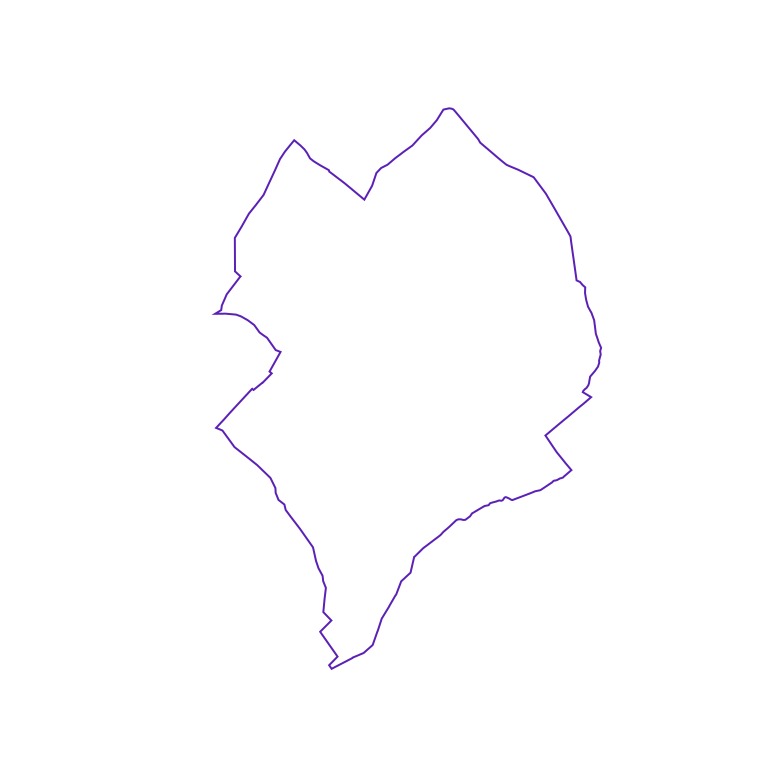 Tepeyahualco de Cuauhtémoc, Puebla, Mexico (Robinson projection), rotated 211°
{"feature_id": "50627088B31864434052112", "entity_name": "Tepeyahualco de Cuauhtémoc", "entity_type": "district", "adm_level": 2, "iso_a3": "MEX", "parent_name": "Mexico", "parent_adm1": "Puebla", "projection": "robinson", "projection_center": [-97.87, 18.81], "detail": "fine", "context": "isolated", "style": "outline", "palette": "violet", "viewbox_px": 768, "rotation_deg": 211, "n_neighbors": 0, "source": "geoboundaries", "source_scale": "gbopen_adm2", "svg_char_len": 2998}
<svg xmlns="http://www.w3.org/2000/svg" viewBox="0 0 768 768"><g transform="rotate(211 384 384)"><path d="M474.4,649.8L474.5,644.6L474.6,637.4L476.3,627.2L479.7,616.6L482.5,603.0L486.6,593.5L490.7,583.3L493.9,573.8L497.7,567.7L499.2,561.0L496.3,547.9L495.8,531.9L521.2,535.8L540.4,537.9L541.3,538.9L551.1,538.6L558.8,538.7L563.6,539.3L569.2,542.5L572.9,544.1L578.4,545.4L586.5,546.7L587.7,538.6L588.6,532.1L589.0,523.3L587.5,510.9L585.7,494.1L584.6,484.1L586.0,471.6L587.5,460.6L587.4,455.8L587.1,445.8L587.1,432.4L569.7,403.8L562.4,402.3L562.5,402.0L565.0,379.9L563.8,370.8L563.4,367.7L561.6,363.5L564.9,357.2L556.0,362.7L546.5,367.3L541.4,368.3L533.7,368.5L525.6,367.7L517.2,364.1L513.2,363.7L508.1,363.4L494.3,357.3L489.2,358.2L488.5,335.7L485.7,335.3L488.7,322.5L488.9,322.5L492.7,311.9L492.8,311.7L494.5,312.0L494.6,311.8L497.6,297.4L499.3,289.3L501.4,279.1L502.9,271.1L504.2,265.1L505.3,259.9L500.8,260.6L498.5,260.9L479.6,252.9L466.1,251.2L451.0,249.2L433.0,245.0L423.5,238.9L420.8,234.9L414.7,230.3L407.3,229.4L403.4,225.4L395.4,222.1L381.7,216.7L360.7,207.4L351.2,197.4L345.2,192.3L337.9,188.0L334.6,183.7L328.8,179.3L324.4,169.5L318.5,157.2L307.3,154.2L311.1,138.8L310.6,138.5L283.4,126.4L286.2,114.7L282.2,112.9L282.1,113.1L272.3,129.0L269.9,132.9L269.9,133.4L267.6,136.5L263.1,142.7L262.8,143.2L261.8,146.5L259.4,154.0L259.3,154.4L259.3,154.6L262.2,168.6L262.2,169.1L265.1,181.7L265.1,182.3L265.0,195.9L265.1,196.5L265.3,208.8L265.1,209.7L267.6,223.6L267.6,223.9L267.5,224.2L264.2,235.5L264.1,236.0L269.1,251.4L268.8,251.9L266.0,262.8L265.9,263.3L257.8,283.5L257.6,284.4L256.9,288.0L256.7,288.5L254.7,294.5L251.9,304.5L250.6,306.3L248.4,307.6L246.0,308.3L244.3,309.5L242.1,314.9L241.9,318.4L235.0,331.2L231.9,334.0L231.8,335.3L231.5,336.7L227.3,341.1L225.3,343.5L223.2,344.4L222.4,345.6L222.2,348.6L221.7,349.5L220.5,350.0L217.6,350.3L215.2,350.3L214.1,350.7L200.0,368.7L199.4,369.7L195.5,373.3L194.7,374.7L189.2,386.4L188.9,387.9L188.3,388.9L187.2,389.7L186.2,390.8L184.5,393.7L183.4,394.8L182.3,396.2L182.2,397.1L179.0,406.7L187.2,409.5L201.1,414.6L219.1,423.0L215.2,434.4L211.6,444.8L209.9,449.5L204.8,464.5L204.5,465.3L204.4,465.6L203.0,469.4L200.6,476.6L199.7,479.4L209.4,479.4L209.6,481.0L209.1,483.2L208.4,484.8L208.2,488.0L208.7,490.4L208.9,490.9L209.3,491.7L210.5,494.9L211.1,496.5L209.9,503.6L209.5,509.2L209.7,509.9L210.5,513.2L211.7,514.8L212.7,518.2L212.9,519.0L213.4,520.8L215.7,523.6L216.5,526.8L221.3,530.2L225.2,533.6L226.3,534.5L228.3,536.2L233.7,543.1L234.2,543.7L236.7,546.9L242.9,551.9L244.9,553.0L248.5,555.1L248.9,555.3L254.2,560.4L258.6,565.6L258.9,566.2L260.6,569.2L261.3,570.5L264.7,571.1L268.5,572.4L272.3,572.0L277.3,578.2L297.0,602.5L299.4,605.6L300.3,606.6L305.9,609.8L328.7,622.5L343.2,630.5L362.2,638.3L379.1,636.8L389.2,635.3L391.9,635.0L397.2,635.7L404.2,636.8L412.4,638.2L419.1,639.3L425.8,640.4L429.4,642.4L455.9,651.7L460.2,653.2L463.1,654.2L465.9,655.1L467.9,654.8L470.2,653.8L474.4,649.8Z" fill="none" stroke="#5b21b6" stroke-width="2"/></g></svg>